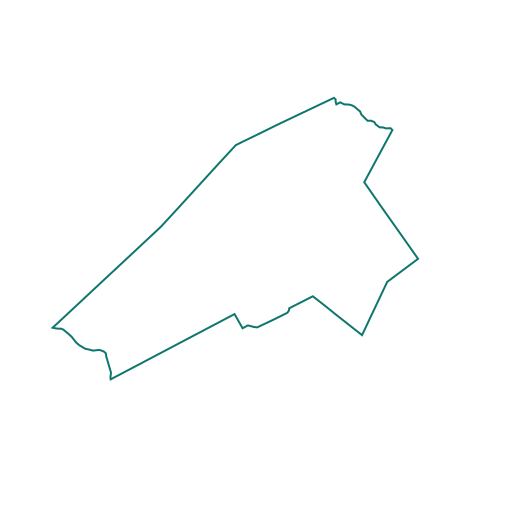 Governador Dix-Sept Rosado, Rio Grande do Norte, Brazil (Robinson projection), rotated 299°
{"feature_id": "56859067B58375140928534", "entity_name": "Governador Dix-Sept Rosado", "entity_type": "district", "adm_level": 2, "iso_a3": "BRA", "parent_name": "Brazil", "parent_adm1": "Rio Grande do Norte", "projection": "robinson", "projection_center": [-37.543, -5.403], "detail": "fine", "context": "isolated", "style": "outline", "palette": "teal", "viewbox_px": 512, "rotation_deg": 299, "n_neighbors": 0, "source": "geoboundaries", "source_scale": "gbopen_adm2", "svg_char_len": 1021}
<svg xmlns="http://www.w3.org/2000/svg" viewBox="0 0 512 512"><g transform="rotate(299 256 256)"><path d="M95.7,173.6L83.6,185.8L79.5,187.4L77.7,188.7L194.8,265.4L186.3,279.3L188.2,280.5L191.4,282.6L193.0,288.9L194.2,291.7L209.7,302.8L221.6,311.0L224.2,311.2L226.4,310.4L248.3,325.2L245.9,340.5L243.1,356.7L238.2,387.1L297.0,383.3L332.1,399.1L341.3,380.1L360.8,339.7L373.0,314.9L432.3,314.2L433.0,311.7L430.7,308.0L430.0,304.7L428.5,301.8L429.1,297.0L430.5,294.5L430.1,291.0L428.4,288.1L429.2,285.0L430.8,279.6L432.8,277.1L434.3,269.9L434.3,267.0L433.6,264.1L431.4,259.6L431.2,255.1L427.6,252.8L429.5,250.9L431.6,249.7L432.1,247.5L383.5,212.7L380.8,210.8L367.1,201.3L349.6,189.0L344.9,185.8L343.2,184.6L317.1,178.2L259.1,164.4L235.4,158.6L195.5,145.7L166.7,136.3L106.2,116.7L94.7,112.9L95.5,115.5L96.4,118.0L97.9,120.6L98.2,123.1L96.9,130.1L95.9,134.1L93.1,140.7L92.3,144.8L92.1,151.5L93.5,156.2L94.1,159.0L95.4,161.0L98.0,164.6L98.7,169.1L98.1,171.8L95.7,173.6Z" fill="none" stroke="#0f766e" stroke-width="2"/></g></svg>